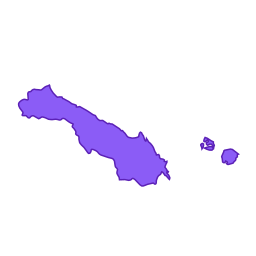 an SVG outline of Shimane, rotated 72°
{"feature_id": "JPN-1824", "entity_name": "Shimane", "entity_type": "Prefecture", "adm_level": 1, "iso_a3": "JPN", "parent_name": "Japan", "parent_adm1": "", "projection": "natural_earth1", "projection_center": [132.68, 35.321], "detail": "fine", "context": "isolated", "style": "filled", "palette": "violet", "viewbox_px": 256, "rotation_deg": 72, "n_neighbors": 0, "source": "natural_earth", "source_scale": "10m", "svg_char_len": 4262}
<svg xmlns="http://www.w3.org/2000/svg" viewBox="0 0 256 256"><g transform="rotate(72 128 128)"><path d="M62.8,189.6L63.2,189.4L65.6,189.7L68.2,189.3L71.7,188.3L74.2,187.1L75.5,186.5L76.9,185.6L77.3,183.4L77.6,182.6L78.1,181.3L79.8,181.0L80.2,180.3L82.0,178.6L84.5,176.2L87.6,173.9L89.5,171.2L90.5,170.2L92.0,170.6L92.5,169.3L92.7,167.3L96.4,163.9L98.0,162.4L100.0,160.7L104.5,157.2L106.1,155.2L108.7,154.6L110.4,153.9L112.2,152.5L113.0,149.7L115.3,147.9L117.1,146.6L117.8,145.7L117.6,144.6L118.8,143.2L119.3,141.8L123.8,138.2L126.0,136.4L128.6,135.2L128.8,134.0L130.2,133.5L132.1,132.5L135.6,131.4L137.0,130.5L138.0,128.7L138.9,127.2L139.5,124.7L139.7,123.1L139.7,121.8L139.5,120.5L138.1,119.8L136.4,118.6L135.8,117.5L136.7,116.6L138.3,116.4L140.3,115.8L141.8,115.8L144.3,115.8L145.4,115.6L145.9,115.1L145.1,114.4L143.7,113.7L144.5,113.5L145.7,113.1L147.5,112.8L149.7,111.4L152.3,110.4L154.4,109.9L158.8,109.7L160.6,109.2L162.4,109.3L162.7,107.0L164.1,106.7L165.8,107.1L167.3,106.6L168.0,105.1L168.7,104.0L169.7,103.3L171.0,103.8L171.7,102.6L171.7,101.3L172.8,101.7L173.9,102.9L175.6,104.3L176.7,105.0L179.3,104.1L180.6,104.0L182.0,103.1L182.4,103.5L181.8,104.5L182.2,104.8L183.1,104.9L183.6,104.6L185.2,103.9L186.7,103.7L188.4,103.6L189.7,104.5L188.7,105.1L187.7,105.4L186.7,105.9L185.5,106.2L184.5,107.5L184.2,107.5L180.8,108.7L180.5,109.0L180.1,109.4L180.4,109.8L180.7,110.1L181.6,110.8L181.9,111.1L182.1,111.5L182.3,111.9L182.5,112.7L182.6,113.2L183.3,114.4L183.9,115.1L185.9,116.7L186.8,117.3L189.1,118.2L189.3,118.4L189.5,118.6L189.7,118.9L189.8,119.4L189.6,119.9L189.0,120.4L188.6,120.6L188.3,120.8L188.1,121.5L187.6,126.7L187.8,129.9L187.8,131.6L187.3,132.9L185.6,134.2L179.2,137.3L178.2,138.1L177.4,138.9L177.5,139.9L178.0,140.8L178.2,141.9L178.0,143.5L176.1,146.9L174.6,152.1L172.2,151.7L168.9,152.4L167.7,152.5L166.5,152.1L164.3,150.8L163.3,150.9L161.2,151.9L160.1,151.9L155.2,151.1L153.5,151.5L152.4,152.1L151.6,153.2L150.0,155.8L145.3,162.1L144.0,163.2L142.8,163.8L141.2,164.4L140.2,165.1L139.3,165.9L137.8,167.6L137.3,168.5L137.1,169.0L137.2,169.5L137.7,169.9L138.7,170.4L139.6,171.2L140.2,172.1L140.0,173.3L139.2,173.8L133.0,175.8L129.8,177.5L128.0,178.2L127.0,178.5L123.9,178.2L122.8,177.9L121.7,177.5L120.5,177.5L119.7,178.1L118.8,179.0L117.9,179.5L117.0,179.4L116.1,178.9L114.9,178.7L111.5,179.7L110.1,180.5L109.1,180.5L108.4,179.9L107.8,179.2L106.9,179.1L106.4,179.9L105.4,181.0L103.8,182.4L99.6,185.4L98.9,186.5L98.7,187.6L99.3,188.8L99.4,190.0L99.1,190.9L97.9,192.8L97.3,194.1L97.0,195.4L96.7,197.0L96.2,198.6L95.1,200.9L92.7,203.5L91.5,205.2L90.9,206.4L91.1,207.7L91.4,208.5L91.6,210.0L87.1,214.2L86.8,215.3L87.0,216.8L87.5,217.6L87.8,218.1L87.9,218.9L87.6,219.4L87.2,219.9L85.1,220.9L84.8,221.2L84.5,221.8L84.0,223.4L83.6,224.4L83.1,224.7L82.4,224.3L81.6,223.5L80.6,223.1L79.7,223.3L75.8,224.7L73.3,225.0L71.9,224.8L70.9,224.4L70.1,223.6L69.6,222.7L69.1,221.4L68.7,220.1L68.6,219.0L68.6,218.0L68.9,217.2L70.2,215.1L70.2,214.6L69.9,214.0L64.4,212.7L63.3,211.9L63.0,211.0L63.2,210.1L63.2,209.0L62.5,207.9L62.1,206.4L62.2,205.1L63.0,203.7L64.2,200.7L64.6,200.1L64.9,199.2L64.9,198.3L63.6,195.0L63.3,194.1L63.1,192.6L63.1,191.8L63.2,190.6L63.1,190.2L62.8,189.6ZM192.7,37.4L193.9,39.0L193.7,43.7L193.3,44.7L192.2,45.3L191.7,44.2L191.0,44.1L190.3,44.6L189.6,45.3L190.5,46.0L190.8,46.9L190.5,47.8L189.6,48.5L189.0,48.4L186.0,47.8L184.3,47.8L183.8,47.5L180.2,44.3L179.4,43.9L179.0,43.0L179.7,37.1L180.7,35.3L187.0,31.0L187.1,32.1L187.7,32.5L188.5,32.7L189.2,32.9L189.4,33.3L189.6,34.1L189.9,34.5L190.3,34.9L191.3,35.2L191.7,35.5L192.2,36.1L192.5,37.0L192.7,37.4ZM170.4,51.3L171.4,51.4L171.4,52.3L171.3,53.0L170.2,53.2L169.1,53.7L168.6,55.4L168.8,56.4L169.0,57.1L169.0,57.6L168.1,58.2L167.4,58.4L166.7,58.1L166.2,57.7L166.0,57.3L166.0,56.4L165.8,55.9L165.4,55.7L164.7,55.7L163.9,56.2L164.2,57.2L165.0,58.9L164.3,59.9L163.3,59.7L162.0,58.8L160.8,57.6L162.3,55.7L165.8,52.9L167.6,51.1L169.0,51.6L170.4,51.3ZM174.0,53.1L175.0,55.0L174.1,57.5L172.3,59.9L170.7,61.5L170.7,58.7L170.9,55.9L171.8,53.7L174.0,53.1ZM165.6,62.1L166.5,61.1L168.1,61.6L169.8,62.9L170.7,64.1L169.7,63.9L166.8,64.1L166.3,63.9L165.9,63.4L165.7,62.7L165.6,62.1ZM171.6,52.3L171.8,51.8L173.4,52.7L171.8,53.1L171.6,52.3Z" fill="#8b5cf6" stroke="#5b21b6" stroke-width="1.5"/></g></svg>